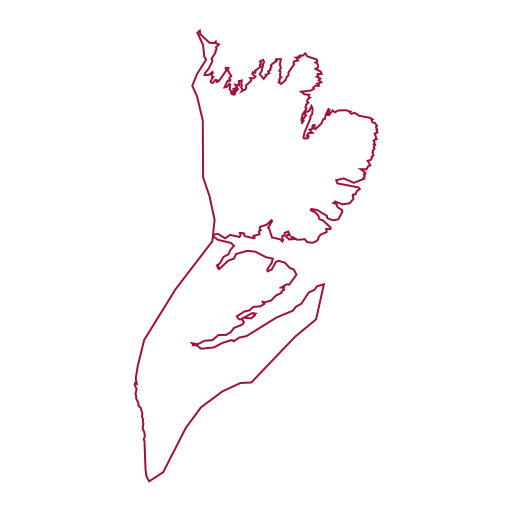 the district of Gamvik nor, Finnmark, Norway
{"feature_id": "86288312B53598341368845", "entity_name": "Gamvik nor", "entity_type": "district", "adm_level": 2, "iso_a3": "NOR", "parent_name": "Norway", "parent_adm1": "Finnmark", "projection": "albers", "projection_center": [28.071, 70.766], "detail": "fine", "context": "isolated", "style": "outline", "palette": "rose", "viewbox_px": 512, "rotation_deg": 0, "n_neighbors": 0, "source": "geoboundaries", "source_scale": "gbopen_adm2", "svg_char_len": 5934}
<svg xmlns="http://www.w3.org/2000/svg" viewBox="0 0 512 512"><path d="M149.2,481.3L163.2,472.2L185.8,427.9L201.0,407.3L222.4,391.4L240.5,383.0L251.3,382.5L295.0,336.8L316.1,319.3L323.9,284.3L316.9,286.3L314.5,289.8L308.7,292.5L301.4,303.7L295.8,306.8L292.8,310.7L276.5,317.5L246.5,336.1L239.1,337.6L233.7,341.3L231.9,340.0L222.4,342.9L214.0,347.4L201.1,348.7L196.3,345.1L193.0,345.3L193.1,345.1L193.5,345.0L193.6,344.9L192.1,343.3L197.8,344.2L204.7,340.7L212.3,340.2L218.5,335.0L226.1,334.9L230.7,332.2L234.1,327.9L242.4,324.5L243.9,322.2L242.5,319.6L238.8,319.2L236.9,316.3L244.4,311.5L249.5,310.4L253.2,306.9L260.5,306.3L264.3,303.9L261.9,301.3L264.5,302.4L271.1,300.5L276.0,295.5L281.4,293.0L281.5,291.5L284.1,289.7L283.4,288.8L283.9,287.7L281.3,287.5L286.8,284.3L289.2,284.6L296.5,274.7L293.8,269.5L289.7,267.9L285.0,262.8L279.1,260.9L276.1,261.7L271.7,269.5L267.7,271.3L267.2,270.3L267.6,268.9L271.7,262.9L272.8,258.6L266.0,257.2L255.3,251.7L247.7,250.8L236.0,254.0L234.1,258.5L228.3,260.6L219.1,269.2L217.7,267.6L217.4,266.5L218.0,266.5L217.5,265.8L218.1,265.8L217.7,264.8L219.8,263.5L223.5,256.9L228.6,254.2L230.1,250.4L233.9,245.8L231.0,242.9L217.8,239.8L213.6,236.6L213.6,234.6L218.1,233.9L225.1,238.3L230.2,234.9L239.5,237.0L240.7,234.8L239.9,233.0L241.7,232.9L244.3,233.6L244.1,235.2L245.0,236.2L254.2,238.3L254.7,237.8L253.6,235.9L259.5,234.3L258.9,231.3L260.7,230.1L259.7,228.8L259.9,227.0L267.0,224.5L271.4,220.2L272.0,220.7L271.7,221.9L268.2,227.6L269.1,228.4L272.0,237.5L280.2,239.3L282.3,241.5L283.2,240.0L282.6,239.5L282.2,236.2L284.3,235.4L284.8,232.8L288.2,231.5L289.9,235.4L287.8,234.6L285.9,236.4L289.2,239.5L292.9,239.2L291.3,238.2L292.4,237.0L297.4,239.8L304.9,239.2L307.0,242.1L312.4,242.8L315.9,241.4L318.3,239.4L318.2,237.9L320.5,234.7L326.7,232.0L326.2,229.0L330.4,229.1L330.6,227.6L323.0,220.4L319.5,219.2L318.2,215.5L315.1,212.2L310.8,210.3L311.4,209.0L317.4,210.1L327.1,216.0L327.0,217.6L328.3,218.7L333.5,220.3L338.4,219.3L342.2,212.0L342.2,210.2L337.7,207.3L336.3,204.0L333.3,203.0L335.2,201.5L342.5,204.4L349.7,203.2L353.5,198.8L352.7,196.1L353.6,195.2L353.2,194.6L355.6,194.2L356.6,191.4L359.8,189.0L358.5,187.4L337.4,183.4L336.2,180.2L343.7,178.4L353.8,182.8L363.2,179.2L362.7,179.1L364.8,176.1L363.8,174.4L365.4,173.8L365.2,172.6L360.7,169.2L366.5,169.3L368.2,166.2L370.3,165.3L367.7,160.8L370.5,160.0L372.0,157.9L371.7,156.5L373.5,155.4L372.5,152.5L373.1,152.0L372.8,150.5L374.6,148.7L373.7,146.8L375.1,145.0L373.8,144.3L374.7,142.8L373.6,140.5L376.3,139.2L375.7,139.0L376.0,137.1L374.7,133.6L377.4,132.5L376.8,130.6L377.2,129.7L376.5,129.3L376.8,128.3L376.0,127.1L376.9,125.7L374.9,123.0L372.4,122.3L371.4,119.7L372.5,119.3L370.4,117.9L359.3,115.8L354.5,112.8L351.3,113.8L349.5,112.0L350.2,111.6L345.9,110.2L338.2,110.5L334.9,112.3L332.7,110.5L328.9,115.2L327.7,115.0L329.6,110.0L328.5,109.1L325.7,114.7L325.0,118.8L323.4,119.1L321.2,123.7L315.4,129.2L314.4,128.4L314.6,125.1L312.9,125.2L312.3,126.6L312.5,128.8L309.5,129.7L312.5,132.9L308.3,133.1L307.6,134.4L308.3,135.4L308.5,136.2L307.1,135.9L307.8,138.2L304.3,138.5L303.4,137.6L304.7,131.9L310.5,118.3L310.4,116.5L312.2,113.9L312.6,109.1L311.5,106.1L309.1,111.0L305.7,112.1L304.8,114.3L306.1,115.3L302.5,119.5L303.2,119.7L303.1,120.2L303.1,120.4L302.8,120.7L302.8,121.0L303.2,120.5L303.2,119.9L303.7,120.5L301.7,123.7L302.5,120.1L301.4,119.9L302.6,114.4L306.5,108.6L305.4,107.5L306.2,104.6L308.4,102.7L307.1,101.6L307.4,99.6L309.8,97.7L308.9,97.5L308.5,95.1L308.9,94.8L304.5,94.3L301.2,91.7L310.9,90.5L313.9,88.8L313.3,87.7L315.4,85.6L318.7,86.0L318.9,84.4L317.4,83.6L321.2,82.2L318.6,80.2L320.3,78.7L317.0,76.9L318.9,76.3L317.8,76.1L318.6,74.8L316.7,74.1L321.6,73.9L320.7,71.6L314.6,68.4L317.3,68.8L318.1,66.2L317.3,63.3L315.5,62.5L317.2,61.4L316.7,59.5L307.2,56.3L305.3,53.4L302.5,55.8L299.4,55.3L300.1,55.7L298.9,56.3L299.8,57.4L296.3,57.6L298.2,58.9L296.9,58.7L298.1,60.4L294.0,61.5L293.5,63.2L294.2,64.1L288.5,72.4L288.5,75.3L286.8,76.8L285.4,80.3L281.1,84.0L278.7,82.3L279.7,81.2L279.1,80.0L279.9,79.2L279.8,77.8L281.3,77.4L280.0,75.4L280.5,71.7L279.4,71.0L280.8,68.0L279.9,64.3L280.9,59.2L276.2,59.2L275.8,60.5L276.5,61.0L271.3,64.7L270.9,65.8L271.5,66.9L270.1,69.1L270.5,69.9L268.8,71.0L269.2,71.1L268.5,72.3L269.2,73.3L265.7,74.9L266.2,75.6L263.7,78.8L259.7,74.0L261.7,71.2L262.4,67.6L261.9,67.1L263.1,66.0L262.7,64.8L264.1,62.1L263.2,60.0L260.5,61.0L260.1,61.3L260.9,62.3L260.4,62.9L260.9,64.0L259.8,65.1L260.5,66.7L255.0,70.9L255.6,71.7L255.1,72.8L252.8,72.3L252.3,73.9L255.4,76.6L253.6,78.4L250.2,78.1L251.2,79.9L250.9,81.1L246.0,85.4L246.3,87.5L245.4,89.4L241.6,91.3L242.6,89.7L241.2,87.2L241.8,85.2L241.2,83.9L241.8,80.5L238.8,81.1L239.2,85.5L235.2,84.7L237.9,89.0L235.9,91.5L234.4,89.7L236.2,88.1L233.4,89.0L235.4,91.1L234.8,95.2L234.1,92.9L234.3,90.7L232.9,91.2L232.6,94.3L231.2,93.5L231.2,91.4L229.6,89.2L230.3,84.7L229.4,83.8L227.2,86.7L224.5,87.3L227.7,80.7L230.1,80.9L230.4,79.9L229.5,79.3L229.5,77.8L231.3,76.0L227.8,70.5L228.5,68.0L225.7,67.9L226.1,70.8L218.7,81.2L217.1,81.9L216.7,81.9L217.1,80.3L215.5,79.8L212.6,83.0L210.9,82.3L210.6,81.2L212.8,77.8L212.1,78.1L212.2,76.0L211.5,75.0L211.6,73.5L212.7,73.4L212.5,72.0L208.9,74.8L204.6,75.2L205.1,73.0L208.7,68.6L212.2,61.7L212.4,60.3L211.5,58.8L215.6,52.4L215.3,51.7L216.6,48.7L216.0,47.2L218.9,44.4L215.9,43.2L215.7,41.6L214.1,43.1L209.4,42.7L200.3,34.2L199.8,30.7L197.4,32.7L203.0,44.9L204.3,56.6L206.1,59.7L197.0,74.1L192.3,85.8L197.0,96.2L202.8,120.5L203.1,177.4L209.5,196.1L214.6,219.8L212.3,241.3L175.5,289.3L144.1,340.1L137.8,365.9L135.7,378.4L136.8,383.8L135.3,382.9L134.6,384.5L136.6,389.2L135.5,393.9L136.2,396.0L136.2,398.7L138.5,403.2L138.4,405.5L140.7,407.7L142.4,413.8L141.9,416.6L143.1,419.5L142.8,422.2L143.4,423.0L142.7,428.2L144.7,433.7L144.7,436.8L143.8,439.1L144.5,441.3L145.5,469.1L146.5,476.5L149.2,481.3ZM255.5,313.6L252.4,313.0L243.6,317.7L251.1,318.4L254.7,315.5L254.0,314.8L255.5,313.6Z" fill="none" stroke="#9f1239" stroke-width="2"/></svg>